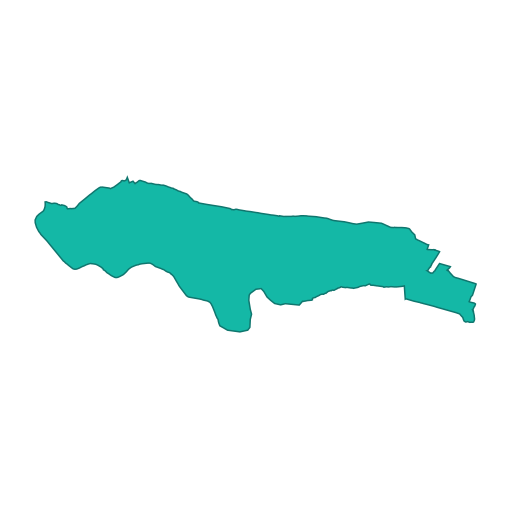 Bralostita, Dolj, Romania (Mercator projection), rotated 172°
{"feature_id": "2599482B80334443229392", "entity_name": "Bralostita", "entity_type": "district", "adm_level": 2, "iso_a3": "ROU", "parent_name": "Romania", "parent_adm1": "Dolj", "projection": "mercator", "projection_center": [23.509, 44.502], "detail": "fine", "context": "isolated", "style": "filled", "palette": "teal", "viewbox_px": 512, "rotation_deg": 172, "n_neighbors": 0, "source": "geoboundaries", "source_scale": "gbopen_adm2", "svg_char_len": 5984}
<svg xmlns="http://www.w3.org/2000/svg" viewBox="0 0 512 512"><g transform="rotate(172 256 256)"><path d="M457.3,338.9L457.5,336.7L457.9,334.7L458.3,333.6L458.8,332.6L459.1,331.9L459.7,331.0L460.0,330.5L460.6,330.0L465.2,327.5L467.6,325.7L469.7,322.4L470.0,319.6L469.3,315.0L467.7,310.5L466.6,308.6L466.0,307.2L461.1,300.3L458.5,296.0L447.5,277.9L446.6,277.1L445.5,275.5L444.2,274.3L443.0,272.9L440.0,269.8L439.3,269.1L438.8,268.7L437.6,268.2L436.2,268.0L435.0,268.1L432.5,268.7L429.7,269.7L427.1,270.3L425.9,270.8L422.5,271.5L420.7,271.6L419.4,271.1L419.0,271.1L418.2,270.9L417.8,270.7L416.3,270.3L415.3,269.8L414.8,269.5L413.6,268.7L412.4,267.7L411.3,266.9L409.5,265.0L409.1,264.3L409.1,263.7L407.3,262.2L406.0,260.3L404.4,259.0L402.0,256.7L398.8,254.5L397.6,254.1L395.9,254.1L394.0,254.6L390.3,255.9L389.1,256.6L386.6,258.4L384.1,260.6L381.6,262.0L380.3,262.5L376.4,263.5L375.1,263.7L373.8,263.7L372.3,264.1L369.9,264.2L363.9,264.0L362.1,263.7L361.6,263.5L360.6,262.9L359.0,261.6L357.1,259.6L351.6,256.7L350.8,256.1L349.2,255.3L347.7,253.9L347.3,253.5L345.9,252.5L343.8,251.5L342.5,249.8L342.3,249.8L340.8,247.9L340.1,246.6L338.2,241.8L337.2,239.5L336.5,237.6L335.9,236.3L330.4,226.4L329.0,225.1L328.1,224.6L318.2,221.4L316.0,220.6L314.3,219.7L310.3,218.2L308.1,216.6L307.2,215.1L306.1,212.0L304.6,205.9L304.1,203.3L303.5,201.3L303.1,199.9L302.3,198.3L302.4,197.1L302.2,195.0L301.5,191.9L294.5,186.5L282.5,183.1L274.5,183.7L272.0,186.2L270.5,194.0L268.5,199.0L269.1,204.1L269.3,213.1L268.2,218.2L266.8,219.8L260.7,223.1L255.4,223.0L253.2,219.8L250.8,213.9L247.7,210.1L244.2,206.4L238.4,204.2L233.6,204.7L220.0,201.4L216.2,204.7L215.6,204.4L215.0,204.6L213.9,204.5L211.3,204.7L207.4,204.5L206.7,204.6L206.2,204.8L206.1,206.0L205.4,206.4L204.6,206.6L203.0,206.7L202.8,206.9L201.8,207.3L201.6,207.4L199.4,208.0L199.1,208.2L198.5,208.3L197.8,208.8L197.3,208.9L195.8,209.0L194.4,208.7L193.1,209.3L192.8,209.4L191.9,209.3L191.6,209.7L191.1,209.9L190.7,210.2L190.3,210.3L190.1,210.6L189.5,210.8L188.4,211.1L187.8,211.1L187.2,211.4L186.5,211.1L186.1,211.2L185.8,211.4L185.3,211.6L184.2,211.4L183.8,211.2L183.4,211.2L182.8,211.5L181.2,212.0L180.9,212.3L180.2,212.3L179.5,212.8L178.8,212.8L178.3,213.0L178.0,212.9L176.7,213.3L176.2,213.7L175.9,213.7L174.8,213.1L171.6,212.2L170.4,212.3L166.0,211.0L165.4,211.0L163.9,210.4L163.2,210.5L159.5,210.7L157.3,211.4L153.4,211.7L152.0,211.3L148.6,212.3L147.5,212.5L146.9,212.1L146.8,211.7L146.5,211.2L144.9,210.8L144.0,210.8L143.0,210.3L142.3,210.3L141.2,209.8L140.2,209.6L134.9,208.1L134.2,207.8L133.9,207.4L133.5,207.3L131.1,207.4L129.2,206.9L126.7,206.9L124.4,206.4L123.3,206.1L120.7,205.8L115.7,205.6L113.3,205.7L114.2,192.5L113.8,192.7L113.2,192.6L105.7,189.2L100.1,187.1L99.1,186.5L98.0,186.2L97.1,185.7L93.6,184.3L86.7,181.4L83.8,180.0L68.6,173.3L65.9,172.1L62.4,170.3L60.9,167.9L59.8,166.4L59.4,164.0L58.9,162.5L57.9,161.7L57.4,161.4L55.6,161.6L55.1,161.4L53.7,160.6L51.5,160.4L50.4,160.2L49.7,160.4L48.7,162.0L48.4,162.9L48.3,163.6L48.3,164.8L48.2,166.9L48.4,169.5L48.9,171.9L48.5,171.6L48.6,172.8L47.1,175.3L46.8,175.4L46.6,175.6L45.5,177.5L45.4,178.0L46.3,178.9L46.9,179.2L50.1,180.4L51.3,181.1L49.9,183.5L48.8,185.7L47.1,187.0L42.0,197.4L42.0,197.8L54.4,203.7L58.9,205.8L61.8,207.0L63.4,208.2L66.2,212.3L67.8,215.0L68.2,214.8L68.8,215.4L67.0,216.6L65.7,217.6L65.0,218.4L75.3,223.0L80.3,217.4L80.8,216.5L81.5,216.2L83.3,214.6L83.8,214.5L85.0,214.8L85.4,214.7L88.5,217.5L88.2,217.5L87.7,217.9L87.0,219.1L86.6,219.3L86.2,219.8L85.9,220.3L85.6,220.6L84.7,220.8L84.6,221.0L84.4,221.8L83.9,222.1L83.5,222.8L83.2,223.1L83.3,223.4L83.2,223.7L82.9,223.9L82.3,224.6L81.9,224.9L81.7,225.2L77.8,229.6L73.6,234.7L74.1,235.1L76.8,236.4L77.3,236.7L77.5,237.0L77.8,237.2L78.1,236.9L78.5,237.1L78.6,237.4L79.2,237.6L80.1,237.6L82.0,237.9L83.3,238.2L83.6,238.2L85.1,238.5L85.6,238.7L83.5,243.0L84.9,243.5L92.7,248.8L93.7,249.3L94.1,249.6L94.4,250.0L95.6,250.8L95.7,252.9L95.8,253.5L95.8,254.6L95.9,254.9L96.1,255.3L96.7,255.8L97.5,257.0L98.1,257.6L100.2,261.4L100.8,261.9L103.6,263.0L107.7,263.9L113.9,264.8L114.6,265.1L115.1,265.1L115.6,265.0L118.2,265.5L118.8,265.7L119.7,266.2L125.9,270.2L127.3,271.0L134.2,272.7L139.9,274.0L146.1,273.7L151.9,273.5L153.6,274.0L155.7,274.6L159.3,276.0L163.8,277.6L173.0,280.0L174.9,280.6L177.5,281.9L179.7,283.1L181.2,283.7L183.0,284.1L191.2,286.6L199.3,288.3L199.7,288.5L200.5,288.7L203.7,289.3L206.0,289.6L208.4,289.6L211.8,289.8L213.7,290.3L215.6,290.3L219.9,290.9L223.1,291.3L227.3,292.6L227.6,292.1L228.6,292.5L229.3,292.9L233.4,294.1L235.6,294.6L237.6,295.3L245.1,297.5L248.2,298.6L250.1,299.1L255.5,300.8L259.8,301.9L260.8,302.3L266.3,304.0L268.5,304.9L269.6,305.1L270.7,304.9L271.8,304.9L272.9,305.3L273.6,305.3L274.1,305.9L275.1,306.6L283.1,309.5L288.0,311.0L290.3,311.7L291.0,311.9L297.5,313.9L305.4,316.5L305.5,317.0L306.4,317.7L307.5,318.2L309.4,318.8L310.1,319.2L310.4,319.6L311.0,320.7L313.4,323.7L314.0,324.7L314.9,326.0L316.0,327.1L320.9,329.6L321.3,329.9L321.7,330.3L323.9,331.2L325.7,332.6L327.1,333.4L327.5,333.6L327.8,333.6L328.1,334.2L328.5,334.5L330.4,335.1L331.5,335.8L333.1,336.5L335.0,337.7L337.7,339.0L340.1,339.4L342.5,340.3L344.9,340.7L345.9,341.0L349.6,342.5L351.4,342.7L352.5,342.9L353.6,343.4L355.2,344.6L360.3,347.0L361.3,346.9L363.4,345.6L364.8,345.1L365.7,344.5L367.4,347.2L371.3,346.1L372.5,351.8L373.1,350.7L373.9,349.6L374.4,349.1L376.0,348.7L377.0,349.0L377.4,349.3L378.5,349.3L379.0,349.0L379.4,348.3L380.4,347.7L381.7,347.0L383.4,346.0L387.2,344.0L390.8,343.0L391.9,343.7L398.5,345.6L400.5,345.8L401.8,345.4L406.1,343.2L410.2,340.7L412.1,339.7L418.4,335.8L423.6,332.7L426.0,330.4L428.6,328.4L430.9,328.5L432.4,328.6L433.4,328.9L435.9,328.9L436.2,329.0L436.4,329.4L436.5,330.8L437.6,331.9L439.0,332.8L440.2,333.2L441.2,333.7L441.5,333.4L442.0,333.3L442.7,333.5L443.4,334.0L445.0,334.7L445.5,335.2L445.7,335.5L446.7,335.9L447.7,336.2L448.8,336.4L449.6,336.3L451.2,336.4L453.4,337.5L454.0,337.7L456.2,338.9L457.3,338.9Z" fill="#14b8a6" stroke="#0f766e" stroke-width="1.5"/></g></svg>